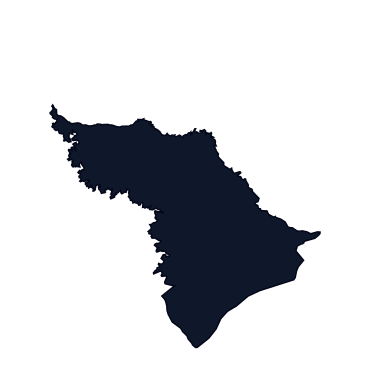 Pedro Gomes, Mato Grosso do Sul, Brazil, rotated 243°
{"feature_id": "56859067B1353449899001", "entity_name": "Pedro Gomes", "entity_type": "district", "adm_level": 2, "iso_a3": "BRA", "parent_name": "Brazil", "parent_adm1": "Mato Grosso do Sul", "projection": "orthographic", "projection_center": [-54.213, -17.957], "detail": "fine", "context": "isolated", "style": "filled", "palette": "ink", "viewbox_px": 384, "rotation_deg": 243, "n_neighbors": 0, "source": "geoboundaries", "source_scale": "gbopen_adm2", "svg_char_len": 6103}
<svg xmlns="http://www.w3.org/2000/svg" viewBox="0 0 384 384"><g transform="rotate(243 192 192)"><path d="M279.4,179.9L281.2,176.7L279.9,176.2L280.5,174.6L278.6,169.6L279.4,168.0L279.2,165.9L282.4,159.5L282.6,157.3L284.1,154.9L288.1,151.0L289.3,148.7L290.3,148.0L292.5,143.3L292.5,142.2L293.5,141.8L295.6,138.5L295.3,136.2L296.0,135.6L296.3,133.2L297.6,130.1L300.0,127.8L301.2,124.9L303.7,123.6L305.4,121.7L307.3,116.2L308.7,114.7L309.9,114.6L310.6,113.3L316.4,111.3L319.2,109.7L321.0,107.3L322.9,106.8L326.9,108.6L328.8,107.5L332.8,107.4L332.1,106.1L329.9,106.3L328.8,105.6L327.3,103.1L327.3,101.8L326.3,101.2L323.3,102.3L322.3,102.4L321.8,101.6L320.7,102.0L319.4,102.8L317.9,105.0L316.1,103.2L315.8,101.9L314.9,101.3L315.0,100.3L316.1,99.9L316.3,98.9L315.1,98.7L313.7,96.9L312.6,97.3L312.3,98.2L310.2,97.8L308.6,98.7L308.3,100.9L304.6,100.5L303.1,102.1L302.6,103.3L301.5,103.8L299.9,102.8L296.8,102.3L296.4,101.2L295.6,101.1L295.1,103.4L292.4,104.7L291.8,107.0L295.3,107.5L295.7,106.7L299.5,108.9L299.6,109.9L297.4,112.0L300.1,112.7L301.2,113.6L298.5,114.1L298.5,115.1L297.0,116.1L294.9,115.2L295.5,113.2L294.8,112.5L293.8,109.0L292.6,108.9L291.6,109.7L291.5,111.6L290.2,112.2L290.2,113.5L289.4,114.0L286.5,113.7L286.7,110.8L288.6,111.1L289.0,110.1L288.7,107.6L284.2,108.4L283.7,107.8L281.6,107.2L282.3,106.6L285.4,107.1L286.0,106.4L286.4,105.4L286.2,104.4L284.7,104.7L283.7,103.9L284.7,103.5L285.8,101.4L285.0,100.8L281.0,101.2L281.6,100.2L280.2,98.6L279.2,98.5L278.6,99.1L277.8,98.3L277.7,96.1L275.9,96.6L276.3,97.5L275.6,98.6L275.7,99.5L273.6,100.2L273.4,98.8L271.2,98.7L271.6,97.9L270.7,97.0L268.7,97.1L268.1,98.1L268.7,98.8L267.2,99.8L268.0,100.7L266.3,101.9L265.2,103.5L267.7,103.9L269.1,106.9L268.3,107.1L266.9,106.3L262.8,106.8L260.6,106.0L261.5,105.4L261.6,103.4L260.5,102.5L262.2,101.5L261.2,99.3L260.1,99.5L259.1,100.8L258.0,100.5L257.3,98.4L256.0,98.1L255.1,99.1L253.8,99.2L252.6,96.9L251.8,97.3L251.8,99.4L250.6,100.3L250.1,101.4L250.5,102.4L249.4,103.5L250.0,104.5L249.2,105.4L247.6,104.3L248.6,101.4L247.5,100.6L246.5,101.4L245.6,100.7L244.5,100.9L243.8,102.6L242.5,101.9L242.6,103.5L243.7,105.2L241.7,104.6L240.0,105.5L238.6,105.0L238.0,104.2L237.4,104.9L237.8,106.6L240.8,108.8L241.8,110.6L240.2,111.8L240.7,113.1L238.6,113.1L237.9,112.5L238.7,112.1L239.0,111.0L236.5,110.2L235.6,110.8L232.0,110.7L231.0,114.0L231.2,114.9L232.0,114.7L233.3,115.6L232.8,117.0L233.8,118.7L232.7,118.7L232.2,119.6L230.9,120.1L231.2,121.1L228.9,120.9L227.0,118.7L226.5,119.5L225.6,119.3L224.5,116.7L222.8,116.6L222.6,120.6L224.2,121.0L223.7,121.6L225.0,123.1L224.2,123.7L225.3,124.8L224.9,125.9L225.9,128.0L226.0,129.1L223.4,128.3L222.2,128.7L222.5,132.0L221.7,133.0L222.7,134.1L224.4,134.6L223.9,135.6L222.9,135.8L222.3,136.9L221.1,136.9L220.8,135.5L217.4,134.4L216.7,133.2L214.1,133.9L212.6,133.4L212.3,134.4L210.5,134.7L209.0,134.4L208.9,135.8L206.5,138.5L204.4,138.6L204.0,140.3L205.8,141.8L205.3,142.9L203.4,142.8L200.7,141.0L200.3,142.2L199.1,142.8L198.9,145.2L197.8,145.4L198.1,148.5L196.6,146.5L195.7,146.3L194.0,148.9L193.9,152.7L192.2,153.6L190.6,155.5L188.6,155.2L189.9,152.8L192.0,150.7L191.3,149.8L189.4,149.2L186.6,149.1L186.3,147.7L185.1,147.3L182.0,148.5L181.4,145.3L182.0,144.1L181.9,142.3L181.4,141.1L182.1,139.6L179.4,139.8L177.6,138.7L176.7,135.0L175.6,135.5L174.5,134.7L172.7,136.7L171.8,136.6L171.0,135.4L169.0,135.5L167.8,138.1L163.5,140.7L163.2,142.2L162.0,142.0L161.4,140.1L161.3,139.2L162.3,137.2L162.2,135.2L161.7,134.4L158.9,135.5L157.4,136.8L157.2,134.7L155.5,133.2L154.4,133.5L153.9,137.5L152.6,138.5L151.7,141.0L148.5,141.3L147.1,142.8L145.8,143.2L145.0,142.5L146.5,139.7L148.5,139.6L149.2,137.9L146.8,134.3L144.0,135.5L142.8,135.5L141.8,134.4L141.5,131.8L143.5,129.9L142.8,129.2L139.9,129.4L140.3,126.4L138.9,125.6L138.7,123.6L137.4,120.9L136.5,120.7L135.9,128.1L134.9,128.8L133.1,128.5L131.5,126.6L130.5,126.8L129.1,130.8L127.6,130.9L124.2,126.8L122.5,126.4L116.9,132.8L116.4,134.1L113.0,117.9L109.1,118.9L106.5,118.9L101.8,117.8L97.7,116.0L93.8,115.3L85.1,115.4L75.8,120.1L71.8,120.3L66.3,122.2L62.5,121.9L56.8,123.3L55.7,123.0L52.6,124.2L51.6,124.9L51.2,126.3L54.2,140.8L59.0,151.2L66.1,160.2L69.2,168.3L69.7,170.3L70.3,179.8L73.8,194.6L73.4,207.5L67.6,242.8L68.9,245.1L74.2,249.3L77.2,252.8L80.5,260.4L92.3,257.8L96.1,261.3L96.1,265.7L95.7,266.9L95.9,268.4L97.1,269.7L95.0,280.4L95.9,284.8L96.9,287.2L98.2,287.9L99.5,285.7L100.9,278.9L104.3,276.3L107.2,272.8L108.5,269.4L109.8,267.8L114.5,265.2L115.9,262.9L117.4,261.6L122.9,261.4L127.5,258.8L131.4,255.0L132.4,255.1L132.4,253.6L133.2,252.9L137.4,250.0L141.1,250.2L144.0,245.1L146.1,245.3L147.1,243.6L150.1,244.5L152.7,242.6L153.8,243.5L153.5,246.4L155.9,248.8L164.8,246.1L167.2,246.7L170.4,244.2L173.2,245.4L177.2,245.1L179.3,245.6L179.8,244.8L179.5,243.2L180.2,242.4L183.6,242.3L185.0,240.4L186.1,240.1L186.9,244.1L188.0,244.1L188.5,243.3L189.3,238.3L190.0,237.8L193.1,237.5L195.2,238.1L194.9,236.0L200.7,232.6L201.6,232.4L203.7,233.6L210.8,231.4L212.4,231.6L214.0,232.8L217.0,232.3L223.2,232.8L222.1,234.5L224.5,234.6L226.5,235.9L228.5,236.0L230.0,234.6L230.9,234.6L230.9,236.1L232.3,235.1L231.6,234.0L232.4,233.6L235.5,236.1L236.3,236.0L235.9,235.1L236.3,234.0L237.9,232.2L236.9,231.4L237.0,230.3L237.9,230.3L239.9,231.8L241.9,231.4L242.1,229.9L241.4,229.1L243.1,227.3L242.4,226.7L241.9,227.5L240.9,227.8L240.5,226.5L241.5,224.4L242.6,224.1L242.5,223.0L243.5,223.3L243.9,221.9L245.1,222.1L246.7,223.9L247.0,223.1L244.9,220.3L244.9,218.9L243.6,218.6L243.1,217.7L243.8,217.0L246.0,218.1L245.6,217.0L246.3,215.7L245.2,213.9L246.0,212.4L246.0,209.8L245.0,209.7L244.4,208.7L248.3,206.8L248.4,202.5L249.3,201.7L250.6,202.7L251.0,200.9L251.9,199.9L251.4,198.6L253.7,196.7L255.5,196.4L254.3,193.9L256.8,191.0L260.4,190.7L263.5,189.3L264.1,188.8L264.1,187.7L265.0,188.1L266.7,187.1L267.6,187.7L268.5,186.1L269.5,187.7L270.1,187.2L270.0,185.8L270.8,185.3L272.1,187.2L273.0,187.3L273.8,186.8L273.2,185.1L274.4,185.4L278.3,181.7L279.1,182.3L279.4,179.9ZM188.6,155.2L188.5,156.3L186.8,156.9L186.7,156.0L188.6,155.2ZM231.2,121.1L231.4,122.1L230.3,122.0L231.2,121.1Z" fill="#0f172a" stroke="#020617" stroke-width="1.5"/></g></svg>